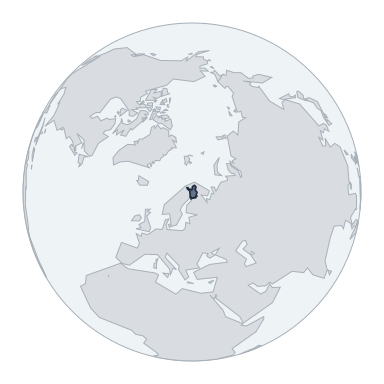 Lapland highlighted on a globe, orthographic projection
{"feature_id": "FIN-3176", "entity_name": "Lapland", "entity_type": "Province", "adm_level": 1, "iso_a3": "FIN", "parent_name": "Finland", "parent_adm1": "", "projection": "orthographic", "projection_center": [25.412, 67.834], "detail": "fine", "context": "on_globe", "style": "filled", "palette": "slate", "viewbox_px": 384, "rotation_deg": 0, "n_neighbors": 0, "source": "natural_earth", "source_scale": "10m", "svg_char_len": 13181}
<svg xmlns="http://www.w3.org/2000/svg" viewBox="0 0 384 384"><circle cx="192" cy="192" r="169" fill="#eef3f6" stroke="#a8b0b8"/><path d="M27.9,151.6L29.5,146.4L30.8,142.2L31.1,140.4L36.7,125.6L40.5,118.1L67.2,78.7L72.0,73.9L75.2,71.8L100.1,56.3L81.9,65.5L88.5,60.4L96.8,55.5L95.8,56.9L106.2,52.9L114.3,49.0L127.2,47.6L135.8,54.1L131.0,55.0L133.7,56.6L139.9,55.6L143.3,54.6L160.7,60.5L181.3,60.8L187.7,57.1L186.4,61.1L198.3,51.8L209.4,50.5L197.0,54.4L195.7,56.7L203.3,56.9L203.7,59.3L207.5,60.8L207.3,63.8L200.0,66.1L199.8,68.1L205.1,68.1L208.3,71.2L200.4,70.8L205.1,76.3L193.9,81.6L173.1,79.0L166.9,85.1L145.5,91.1L147.4,93.4L140.6,97.3L140.3,101.5L136.4,101.6L139.5,104.8L143.1,103.9L145.7,105.1L145.9,107.5L141.0,108.0L140.2,106.9L138.8,108.3L136.3,107.6L137.6,109.3L131.6,109.8L137.7,112.9L133.1,116.3L129.1,115.7L129.3,111.0L120.6,98.6L116.6,96.9L110.7,99.0L100.0,112.5L95.7,112.7L89.9,116.4L92.3,118.3L97.7,116.2L100.8,120.9L107.1,118.0L109.2,119.5L115.7,118.6L114.9,123.8L110.6,129.6L105.2,130.8L103.1,133.4L108.4,136.6L98.5,143.2L92.2,155.3L89.6,156.5L84.3,150.9L84.0,139.8L77.1,133.4L81.7,142.9L75.1,146.2L74.1,149.0L74.6,152.1L77.1,152.9L74.9,155.3L69.5,146.5L71.5,144.3L73.1,147.0L72.9,141.9L69.3,136.4L66.3,138.7L64.0,128.5L61.8,130.1L60.1,128.9L63.7,127.0L57.1,130.3L54.0,120.3L44.9,126.3L53.7,115.8L56.7,109.6L59.6,102.8L58.1,103.6L64.0,94.0L65.9,87.5L61.5,88.3L55.4,94.5L49.3,104.6L49.9,105.8L46.8,113.0L43.9,112.5L37.7,126.5L35.4,129.2L32.9,135.3L31.1,141.5L28.8,149.6L28.9,152.2L28.3,159.2L26.4,162.8L27.6,164.3L26.2,170.6L26.2,187.4L25.7,186.9L25.4,205.5L28.0,223.2L28.6,229.5L28.0,229.3L29.6,235.3L29.6,236.5L38.6,260.3L45.4,274.4L46.7,278.0L45.3,275.9L39.4,264.5L34.3,252.7L30.2,240.5L26.9,228.1L24.7,215.4L23.4,202.6L23.1,189.8L23.7,176.9L25.3,164.2L27.9,151.6ZM42.6,127.2L35.7,145.4L37.3,136.8L37.4,138.0L39.7,133.0L43.0,124.7L45.0,117.7L42.6,127.2ZM206.1,23.6L205.0,23.5L206.1,23.6ZM44.9,131.4L45.9,128.6L45.3,131.2L44.9,131.4ZM144.8,53.9L139.9,55.4L134.2,55.5L138.2,53.9L144.8,53.9ZM155.7,54.6L153.6,55.8L150.8,53.6L152.9,53.5L155.7,54.6ZM192.1,54.1L188.1,54.4L191.9,53.3L192.1,54.1ZM208.1,60.5L209.1,59.7L210.7,60.9L208.1,60.5ZM115.7,115.7L115.7,117.1L114.5,116.6L115.7,115.7ZM118.5,114.1L117.2,112.5L118.3,111.4L119.1,112.4L118.5,114.1ZM211.8,66.5L214.0,68.8L210.5,66.9L211.8,66.5ZM119.9,116.3L120.5,109.8L122.5,108.1L127.3,110.5L119.9,116.3ZM214.5,70.3L219.9,75.9L222.7,74.5L218.0,81.8L214.9,74.5L210.2,72.3L213.6,72.1L214.5,70.3ZM144.2,102.6L140.4,103.7L143.4,100.6L144.2,102.6ZM145.5,100.4L151.2,89.6L157.0,89.4L153.9,93.0L161.2,91.1L161.2,96.2L157.2,98.4L153.5,97.5L156.3,100.2L145.5,100.4ZM214.6,85.0L214.8,86.8L213.2,85.4L214.6,85.0ZM147.0,105.3L147.6,103.1L152.6,102.7L152.3,107.1L150.8,105.8L147.0,105.3ZM163.1,88.1L166.8,88.7L167.8,93.0L169.4,93.8L161.7,96.3L163.1,88.1ZM149.7,107.1L152.0,109.3L149.7,111.7L146.7,107.5L149.7,107.1ZM154.1,100.8L156.5,100.9L155.0,102.3L154.1,100.8ZM143.1,121.8L143.8,119.0L146.5,118.5L143.1,121.8ZM153.0,110.0L153.7,109.2L154.8,108.7L155.8,110.7L153.0,110.0ZM163.0,99.3L162.6,101.0L166.1,98.4L167.0,101.7L161.8,102.8L164.4,103.7L164.7,104.7L160.1,104.5L163.0,99.3ZM160.2,111.3L153.8,114.1L152.0,119.2L149.6,119.7L152.9,111.4L160.2,111.3ZM160.5,107.3L159.8,109.9L157.1,109.2L156.0,106.9L160.5,107.3ZM169.5,103.5L169.5,98.2L170.7,98.2L169.5,103.5ZM160.2,113.0L161.8,112.3L160.4,113.4L160.2,113.0ZM167.3,106.5L167.1,104.7L168.4,104.6L167.3,106.5ZM165.0,112.5L162.9,113.4L162.1,111.9L165.0,112.5ZM166.4,109.9L168.3,110.3L163.0,110.8L166.2,109.1L166.4,109.9ZM168.5,106.8L169.3,106.2L168.4,107.6L168.5,106.8ZM169.3,117.9L162.9,118.9L161.0,115.5L167.5,115.0L169.3,117.9ZM159.1,357.7L153.5,355.9L158.3,355.1L156.8,352.7L143.7,343.1L146.6,339.1L143.0,335.9L135.7,334.3L131.6,330.2L127.1,328.5L99.3,317.4L90.8,308.3L80.5,286.4L85.5,283.5L86.3,275.5L120.7,263.2L128.0,268.7L155.2,273.0L158.6,275.0L155.5,282.1L175.9,294.2L182.4,288.6L200.9,293.3L213.1,291.9L217.3,277.3L197.3,279.4L193.7,272.3L209.7,264.4L227.2,262.2L226.3,259.4L215.2,254.8L219.2,248.3L211.4,252.6L214.6,255.3L209.8,258.1L206.6,255.8L208.1,253.6L202.8,252.8L196.9,264.0L199.5,267.9L185.7,270.1L188.8,276.9L185.1,279.9L178.5,269.6L179.1,265.8L166.9,253.1L165.1,257.2L176.4,269.6L172.9,268.4L170.5,274.5L169.5,268.9L157.6,254.7L145.1,254.2L129.3,265.2L122.0,263.4L115.8,257.2L121.5,242.4L137.2,248.1L139.5,243.3L136.2,233.6L141.3,236.2L141.9,233.1L147.8,234.7L156.1,228.9L162.1,229.5L165.4,219.8L168.9,218.9L166.0,224.8L167.2,229.5L182.2,230.7L185.0,228.7L185.9,222.4L189.9,223.7L188.9,217.3L197.5,214.8L186.1,212.7L186.8,205.5L192.0,200.0L190.2,197.4L181.8,206.3L180.3,210.3L182.3,214.3L176.4,225.1L171.3,226.4L169.7,213.8L162.2,214.4L164.3,204.6L185.7,185.8L194.6,182.1L209.5,190.9L207.4,195.8L201.1,195.0L207.0,202.3L206.5,198.5L209.8,199.7L211.4,193.4L213.8,193.9L211.1,187.0L214.3,187.0L215.9,191.3L220.9,182.2L227.4,180.5L227.4,178.2L225.5,176.2L235.1,175.5L234.6,173.8L231.3,173.4L228.2,169.9L226.6,163.6L230.0,163.6L231.0,166.0L238.4,171.1L240.7,177.4L241.9,176.8L240.7,171.3L231.8,165.1L229.8,161.2L234.4,163.5L232.6,162.4L232.6,160.5L235.9,158.8L231.0,156.0L227.3,136.1L233.3,131.0L237.8,135.1L238.8,122.0L245.5,117.7L242.4,117.3L240.8,111.0L238.7,112.2L237.1,111.5L232.1,96.4L233.6,93.1L227.9,86.5L226.4,86.3L225.0,88.4L218.0,81.8L222.7,74.5L226.0,75.2L226.7,70.3L234.2,72.7L240.7,72.6L248.6,78.4L253.1,78.0L252.8,76.1L258.7,74.3L271.8,77.4L262.4,83.0L243.0,80.9L251.0,82.4L249.6,84.5L252.7,86.6L258.3,87.5L258.7,86.1L269.6,101.1L283.8,109.5L282.0,102.4L285.0,99.6L299.6,104.0L319.0,126.0L323.3,123.4L326.3,125.1L328.8,131.2L324.4,128.9L323.2,132.8L320.3,130.6L322.9,140.0L318.9,137.4L322.8,146.1L325.9,145.7L325.1,138.2L330.3,147.1L334.8,143.4L340.0,146.8L347.8,166.1L348.8,180.5L349.8,182.5L347.8,185.8L348.8,194.8L355.4,193.3L356.5,195.7L356.4,210.0L355.7,208.7L350.5,217.4L352.2,224.8L356.2,219.4L357.7,220.9L355.7,226.8L353.9,225.9L352.0,228.9L350.7,223.3L345.5,220.3L343.4,228.8L341.7,225.6L334.3,226.0L330.2,238.0L325.0,261.0L327.2,270.0L324.1,278.3L312.9,274.8L307.5,267.8L303.7,272.6L292.0,271.3L272.6,283.9L269.6,282.2L266.0,285.7L257.7,286.4L253.1,282.9L248.2,285.3L260.6,294.1L265.8,291.3L269.8,283.9L272.3,287.6L280.3,287.2L272.4,302.7L243.1,323.2L239.9,316.7L215.9,298.3L216.4,295.2L216.3,294.9L216.0,294.4L214.1,299.5L209.9,295.0L223.1,310.3L225.5,316.7L242.7,323.7L241.2,325.3L246.7,325.8L263.7,316.6L263.8,318.9L256.0,331.7L232.1,348.7L235.1,352.3L233.1,355.1L217.9,358.8L218.4,358.9L206.6,360.3L194.6,360.9L182.7,360.7L170.8,359.6L159.1,357.7ZM109.1,274.8L108.2,277.2L109.1,274.8ZM246.0,266.6L256.2,263.0L251.0,255.2L254.5,253.3L251.4,251.4L250.6,254.7L243.0,249.1L247.2,244.3L245.6,240.3L242.1,241.3L235.6,251.0L246.5,259.0L244.4,263.9L246.0,266.6ZM26.2,187.9L26.0,190.6L25.8,187.9L26.2,187.9ZM36.2,136.8L35.4,140.2L34.5,142.4L34.9,140.1L36.2,136.8ZM31.9,165.2L31.5,169.5L31.4,165.6L31.9,165.2ZM34.9,148.3L32.2,162.0L32.1,155.0L34.0,146.5L33.4,151.6L34.9,148.3ZM42.8,131.5L42.0,133.8L41.4,133.7L42.8,131.5ZM44.4,133.4L44.6,132.6L45.5,131.2L44.4,133.4ZM75.5,146.7L75.8,147.5L75.7,150.6L74.6,149.4L75.5,146.7ZM82.1,163.7L78.4,167.1L80.2,163.7L78.0,162.5L79.2,154.2L88.3,156.7L84.0,157.0L82.1,163.7ZM83.3,143.9L81.5,148.8L83.1,143.4L83.3,143.9ZM139.4,214.7L141.4,217.8L139.1,221.0L131.5,220.7L134.7,216.0L139.4,214.7ZM144.8,221.4L145.4,209.3L150.2,209.2L147.4,211.3L150.5,212.4L146.8,216.1L150.8,228.0L149.1,231.7L135.9,228.8L141.2,227.6L138.9,224.6L144.8,221.4ZM138.4,180.5L138.8,175.7L148.7,181.5L147.3,185.3L139.6,185.1L136.7,180.5L138.4,180.5ZM128.3,122.1L127.8,120.2L129.1,120.0L130.7,121.4L128.3,122.1ZM143.2,120.5L132.0,130.1L130.8,128.4L125.7,136.3L120.6,135.0L124.1,129.9L116.3,134.9L117.5,129.8L112.5,133.7L120.9,122.5L121.6,118.2L122.7,123.4L127.4,124.7L129.6,124.0L136.5,118.9L140.3,110.5L145.5,110.7L148.2,113.0L148.1,115.0L144.7,114.2L147.0,117.5L142.0,117.9L143.2,120.5ZM176.5,142.5L172.7,140.3L176.4,147.8L171.5,147.9L172.2,148.8L168.6,151.0L165.6,155.3L163.4,154.6L163.2,156.6L160.8,158.2L159.8,160.7L155.4,160.4L153.8,163.5L152.6,161.7L151.0,167.1L150.2,163.0L147.1,164.8L149.5,167.8L128.3,161.2L120.0,162.0L113.5,165.0L113.0,157.7L118.9,150.5L127.6,144.4L135.7,144.9L134.0,141.6L137.4,140.9L137.3,143.8L139.4,139.0L142.2,139.2L150.0,134.4L151.4,127.6L154.3,125.7L155.1,128.5L157.4,124.7L160.9,128.8L163.1,127.6L168.6,130.5L169.0,136.7L171.4,134.9L175.7,137.2L176.5,142.5ZM170.8,118.9L172.3,126.1L170.3,129.7L161.4,123.2L159.0,123.7L153.2,119.8L156.2,114.6L157.5,116.2L159.6,116.5L157.8,118.0L160.7,117.0L162.7,119.2L165.5,119.1L165.3,121.4L170.8,118.9ZM162.5,272.7L165.1,273.4L169.2,273.6L167.7,277.5L162.5,272.7ZM154.2,263.1L156.5,263.0L156.5,268.5L153.7,267.7L154.2,263.1ZM157.9,258.5L156.7,262.6L155.7,260.0L157.9,258.5ZM168.2,224.5L170.7,224.1L171.0,225.6L169.6,227.7L168.2,224.5ZM186.4,165.3L184.5,163.3L185.3,162.4L184.2,156.4L187.7,156.0L189.8,159.3L186.4,165.3ZM213.9,280.3L210.3,283.5L208.5,282.4L210.1,281.5L213.9,280.3ZM187.9,281.8L193.8,283.6L187.4,282.8L187.9,281.8ZM190.1,163.7L189.2,161.3L191.6,162.6L190.1,163.7ZM190.3,155.3L193.0,156.2L188.0,155.2L190.3,155.3ZM240.8,353.8L244.9,351.8L254.0,348.2L258.6,345.3L261.1,345.5L254.5,349.0L240.8,353.8ZM357.1,228.0L355.7,233.0L349.9,239.5L352.1,234.1L357.5,223.3L357.3,225.3L358.5,220.7L358.3,221.7L357.1,228.0ZM360.1,209.3L359.9,209.1L360.0,205.4L360.4,201.5L359.7,179.7L359.8,175.7L360.6,183.2L360.6,181.6L360.9,195.5L360.1,209.3ZM327.9,270.1L331.5,271.2L329.5,274.8L327.9,270.1ZM357.6,168.8L359.1,178.0L357.2,168.5L357.6,168.8ZM355.5,161.9L356.3,162.9L355.7,164.1L355.5,161.9ZM351.4,184.7L351.1,189.2L350.3,188.3L350.2,182.0L351.4,184.7ZM343.9,149.8L347.0,152.8L348.0,154.7L346.4,154.8L343.9,149.8ZM219.3,157.4L216.9,166.1L217.6,172.3L221.7,175.6L214.9,174.8L213.9,165.2L219.3,157.4ZM226.0,138.7L222.4,136.0L224.6,134.8L225.7,135.3L226.0,138.7ZM223.4,138.7L217.9,139.9L216.2,136.9L220.9,136.6L223.4,138.7ZM204.0,151.8L203.1,154.4L201.2,153.2L204.0,151.8ZM357.6,158.8L357.7,161.2L358.6,166.4L356.0,154.4L356.5,154.1L357.6,158.8ZM356.4,157.7L357.3,162.5L355.8,156.5L356.4,157.7ZM357.1,162.8L356.3,161.6L356.0,158.6L357.1,162.8ZM356.1,155.7L354.5,152.1L355.1,152.1L356.1,155.7ZM354.2,159.3L355.0,155.1L355.4,162.9L351.5,158.0L351.1,154.1L354.2,159.3ZM327.5,117.7L325.5,117.3L324.0,113.6L325.8,114.9L327.5,117.7ZM317.4,101.6L323.0,112.5L327.1,121.6L327.6,119.7L331.7,123.8L329.0,125.4L323.5,117.3L321.0,110.8L317.2,108.1L313.3,102.5L308.8,101.3L306.0,98.5L309.2,97.7L317.4,101.6ZM307.0,101.1L297.8,97.5L296.7,91.7L298.4,91.1L303.1,95.2L303.5,98.0L307.0,101.1ZM295.3,95.0L295.5,97.7L282.5,99.5L279.5,98.5L288.8,93.7L289.5,96.1L292.9,96.8L295.3,95.0ZM216.6,86.4L215.0,86.7L215.8,85.4L216.6,86.4ZM236.0,112.4L234.0,111.3L235.0,109.6L236.0,112.4ZM228.9,107.3L229.2,109.9L227.5,107.1L228.9,107.3ZM230.0,115.9L228.6,111.0L232.0,115.7L230.0,115.9Z" fill="#d9dde1" stroke="#a8b0b8" stroke-width="1"/><path d="M194.5,185.3L194.6,185.5L194.8,185.9L195.0,186.0L195.8,186.5L196.1,187.1L196.0,187.3L195.6,187.8L195.6,188.1L195.7,188.4L195.6,188.5L195.2,188.8L195.4,188.8L195.5,188.9L195.6,189.2L195.5,189.3L195.3,189.8L195.3,190.0L195.6,190.8L196.3,191.1L196.7,191.9L196.8,192.0L197.1,192.2L197.1,192.3L197.1,192.6L197.1,192.8L196.7,193.4L196.7,193.5L196.2,194.4L196.2,194.6L196.3,194.8L196.6,195.3L196.7,195.5L196.8,195.8L196.9,196.0L196.6,196.0L196.4,196.0L195.9,195.9L195.8,196.0L195.7,196.2L195.7,196.3L195.7,196.5L195.8,196.5L196.0,196.6L196.0,196.8L195.9,196.8L195.8,197.0L196.0,197.2L196.0,197.3L195.9,197.3L195.6,197.4L195.7,197.6L195.7,197.8L195.4,197.9L194.8,197.9L194.8,197.7L194.7,197.6L194.4,197.5L194.1,198.0L193.7,198.3L192.9,198.2L192.9,197.9L192.6,198.1L192.4,198.2L192.1,198.1L191.7,198.4L191.6,198.6L191.4,198.5L191.4,198.4L191.2,198.4L191.1,198.5L191.1,198.4L191.0,198.2L191.1,197.8L191.1,197.7L191.0,197.8L191.0,198.0L190.9,198.0L190.7,198.0L190.6,197.9L190.6,198.0L190.5,197.9L190.4,197.8L190.4,197.7L190.4,197.4L190.3,197.2L190.2,196.9L190.0,196.6L189.9,196.5L189.9,196.4L189.9,196.2L190.0,196.0L190.0,195.9L190.2,195.7L190.2,195.4L190.2,195.2L190.3,195.1L190.3,194.8L190.2,194.7L190.1,194.4L190.0,194.1L189.9,194.0L189.9,193.9L189.9,193.7L190.0,193.6L190.2,193.4L190.1,193.2L189.9,193.1L189.8,192.9L189.9,192.7L189.9,192.3L189.9,192.1L189.8,191.9L190.0,191.8L190.0,191.7L189.9,191.4L189.7,191.1L189.5,190.9L189.5,190.7L189.4,190.6L189.2,190.4L189.0,190.2L188.9,190.2L188.7,190.1L188.4,190.0L188.4,189.9L188.2,189.7L187.9,189.4L187.7,189.2L187.5,188.9L187.4,188.8L187.2,188.7L187.3,188.5L187.2,188.4L187.1,188.1L187.4,188.3L187.5,188.3L187.5,188.1L187.4,187.9L187.5,187.7L188.1,187.6L188.4,188.4L188.6,188.6L188.7,188.9L188.7,189.0L188.8,189.0L188.8,189.3L189.0,189.3L189.3,189.5L189.4,189.4L189.5,189.5L189.9,189.5L190.1,189.4L190.3,189.1L190.6,189.2L190.7,189.3L190.8,189.4L191.2,189.5L191.3,189.6L191.4,189.8L191.5,189.9L191.5,189.7L191.7,189.3L191.7,189.2L191.8,189.1L192.0,188.9L192.3,188.9L192.3,188.7L192.4,188.4L192.4,188.2L192.3,187.9L192.4,187.7L192.5,187.5L192.4,187.3L192.5,187.3L192.5,187.2L192.6,186.9L192.6,186.7L192.8,186.4L192.9,186.2L193.0,186.1L193.1,185.9L193.3,185.8L193.5,185.8L193.9,185.8L194.0,185.7L193.9,185.7L194.0,185.7L194.2,185.4L194.3,185.4L194.5,185.3Z" fill="#64748b" stroke="#1e293b" stroke-width="1.5"/></svg>